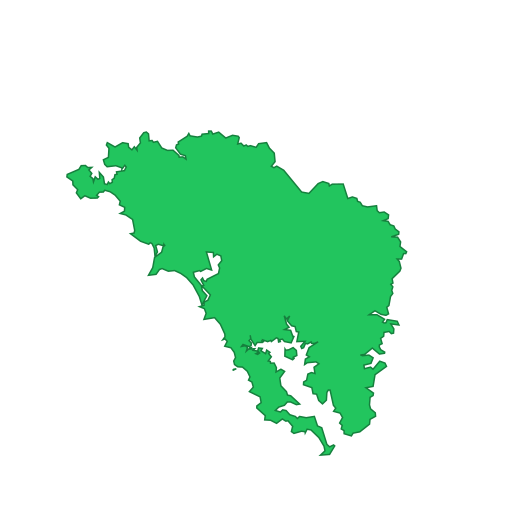 the district of Northern Beaches, New South Wales, Australia, rotated 131°
{"feature_id": "25037944B81755283628627", "entity_name": "Northern Beaches", "entity_type": "district", "adm_level": 2, "iso_a3": "AUS", "parent_name": "Australia", "parent_adm1": "New South Wales", "projection": "albers", "projection_center": [151.285, -33.698], "detail": "fine", "context": "isolated", "style": "filled", "palette": "green", "viewbox_px": 512, "rotation_deg": 131, "n_neighbors": 0, "source": "geoboundaries", "source_scale": "gbopen_adm2", "svg_char_len": 6128}
<svg xmlns="http://www.w3.org/2000/svg" viewBox="0 0 512 512"><g transform="rotate(131 256 256)"><path d="M192.8,373.7L194.6,372.0L199.4,376.6L201.3,375.8L204.6,378.2L208.6,384.6L207.6,387.1L210.8,386.5L221.0,389.5L222.3,387.9L224.3,388.9L227.0,387.6L228.7,379.8L226.6,375.1L228.8,372.4L229.2,376.2L231.8,378.8L230.7,380.2L230.6,388.0L234.4,392.1L236.3,398.0L234.1,405.6L237.5,408.0L237.0,410.2L239.2,412.2L234.4,417.2L234.4,420.1L236.6,421.6L243.2,421.2L246.5,417.4L252.3,417.3L254.2,415.2L253.4,419.5L257.3,419.3L257.5,423.4L255.1,426.2L258.0,431.0L266.2,433.9L268.0,442.6L270.4,441.7L271.2,437.6L278.4,432.1L283.5,434.3L286.1,430.3L286.3,426.9L279.8,421.0L277.4,414.9L278.4,414.2L273.6,414.5L274.0,412.3L277.9,411.3L284.0,416.5L285.5,414.5L287.1,415.8L290.4,414.0L292.8,414.7L294.6,412.8L297.3,413.8L297.0,415.9L299.7,415.2L300.9,417.7L296.5,423.0L295.7,429.1L299.9,424.8L301.8,425.6L301.7,429.3L306.7,427.3L304.6,429.9L304.7,433.5L301.4,434.1L300.7,438.6L296.9,438.1L299.6,441.0L299.6,444.1L302.5,447.2L306.8,446.5L318.3,452.0L320.4,450.6L319.6,443.5L322.4,440.8L322.9,434.1L326.2,433.0L327.8,425.8L322.8,424.7L321.0,418.9L316.4,413.8L314.5,413.7L314.8,416.1L310.6,416.1L307.9,413.2L305.6,413.3L303.2,408.2L302.5,402.2L303.7,394.4L307.0,392.7L305.4,387.0L308.5,384.7L313.0,386.4L310.4,381.2L309.4,373.1L316.3,364.3L318.7,363.1L321.5,365.3L320.6,352.8L317.5,344.7L315.3,344.5L314.9,342.6L316.8,338.1L322.4,332.1L317.6,333.0L313.9,338.6L311.2,337.4L309.0,332.6L307.7,333.2L308.3,332.1L307.1,331.8L310.2,332.1L315.1,329.7L323.6,331.6L332.5,326.3L341.1,324.5L335.4,319.4L329.5,320.0L327.1,318.6L325.0,312.2L320.4,307.9L318.5,301.3L317.8,294.2L319.1,284.5L323.7,272.3L328.4,264.7L318.2,267.0L317.4,273.7L314.1,277.9L312.2,288.8L309.4,292.6L304.1,289.1L304.0,287.7L297.9,285.2L295.7,280.3L285.5,296.1L281.3,290.5L284.4,287.5L280.3,286.7L279.0,282.6L282.0,278.8L287.5,278.6L288.9,275.6L293.9,272.8L305.6,277.6L307.8,276.9L308.9,279.2L307.7,281.9L310.1,281.9L312.4,276.2L314.1,277.1L315.3,264.9L321.0,263.3L324.8,264.9L327.3,262.9L331.3,265.4L329.6,260.4L332.0,256.0L338.0,253.7L329.7,246.8L330.9,238.1L335.3,228.4L337.3,226.4L340.9,226.1L338.9,225.0L339.3,221.7L344.6,220.4L341.7,214.7L343.0,209.2L346.1,204.8L349.9,203.9L352.0,201.0L351.6,197.1L348.7,193.3L348.7,186.9L351.2,181.2L354.6,180.2L353.8,176.4L356.7,172.0L362.7,172.0L359.6,160.5L363.3,155.9L368.6,157.0L370.2,155.7L370.4,144.3L374.0,141.9L370.4,137.3L368.8,130.7L361.7,129.2L361.1,125.2L359.4,123.7L360.5,116.6L365.3,114.1L365.0,111.0L358.4,106.7L356.4,103.7L357.2,102.8L353.2,103.8L351.2,100.4L351.8,89.4L354.9,79.9L357.8,76.1L364.0,76.7L357.5,70.3L347.7,72.0L347.7,73.5L351.7,75.2L351.7,78.9L342.5,93.7L343.9,98.1L338.8,106.7L345.1,112.0L348.5,117.8L351.5,118.2L351.3,121.0L353.6,126.4L352.9,131.9L354.6,134.9L357.7,135.2L359.9,140.1L355.1,139.7L350.0,136.6L345.7,136.6L343.5,134.2L341.7,128.0L339.1,125.9L338.7,138.1L340.3,141.0L338.4,144.0L337.6,152.1L332.5,158.0L324.3,158.7L325.1,162.9L330.4,164.8L326.9,167.3L324.9,172.1L327.4,174.7L326.2,176.0L327.2,177.9L322.0,178.3L321.3,182.5L319.6,182.3L320.0,186.2L323.4,184.7L324.3,190.1L321.6,190.6L323.7,193.7L326.4,192.5L326.8,189.6L329.2,190.2L329.8,192.0L327.9,191.2L326.9,192.8L329.1,196.3L326.9,196.2L330.1,199.5L328.4,199.5L329.3,200.3L334.1,200.9L330.7,202.4L330.8,205.2L333.8,207.6L331.3,207.8L328.8,201.6L326.9,200.9L324.7,202.4L324.5,205.7L321.9,205.7L319.6,208.4L322.1,205.3L324.2,197.9L320.5,198.4L317.3,194.7L316.5,195.5L316.6,193.9L315.9,195.6L315.9,193.6L314.8,195.7L313.0,191.0L310.0,189.5L310.5,188.3L304.3,186.9L303.8,185.2L306.1,182.5L304.6,181.5L303.6,183.3L301.4,181.5L301.9,178.4L298.5,172.5L291.2,174.8L292.6,174.5L292.7,175.1L289.4,181.1L292.8,186.2L288.1,184.3L287.4,188.2L282.6,195.5L283.6,191.7L279.2,191.2L284.3,189.9L285.3,183.3L283.6,180.2L286.6,176.0L285.3,173.9L293.8,169.0L288.2,163.0L294.8,163.0L295.8,160.8L294.0,159.9L289.5,161.3L288.5,159.4L284.7,158.1L285.5,156.7L283.6,154.5L280.0,152.8L290.3,155.8L297.7,153.1L297.1,149.6L301.4,151.1L306.0,148.1L302.9,147.3L296.5,141.2L296.1,137.8L301.9,139.2L306.0,134.4L307.6,137.7L311.1,139.4L316.6,136.3L319.8,137.4L322.0,135.7L318.7,127.5L322.5,122.6L320.5,119.6L323.9,113.9L324.0,108.8L318.6,108.3L312.5,113.0L309.7,113.5L308.6,112.1L317.9,99.6L318.5,96.0L322.3,95.5L319.4,89.5L321.1,84.7L327.2,83.3L327.3,79.8L330.6,78.2L330.0,75.0L332.3,72.9L329.2,66.0L326.0,66.5L320.6,62.3L308.4,60.0L304.5,62.8L298.5,60.6L296.1,63.1L296.2,69.3L293.9,72.7L287.8,77.2L284.5,76.1L282.4,77.4L283.3,86.6L277.6,82.1L267.5,88.3L253.7,85.1L252.2,88.4L254.2,93.6L264.7,93.4L264.7,96.6L269.9,100.2L267.6,103.0L261.6,98.8L256.0,100.8L256.7,105.8L261.4,110.2L262.2,112.3L259.1,109.5L249.2,107.8L249.0,98.5L245.1,95.2L244.1,95.8L244.9,100.4L243.7,103.4L242.1,104.5L239.4,103.3L236.4,107.9L232.8,107.0L229.7,109.3L225.6,106.0L225.8,102.9L224.0,101.6L220.6,104.1L218.8,109.7L214.3,102.9L212.6,106.6L217.9,115.2L221.2,114.1L222.5,115.4L222.9,117.1L219.4,117.5L221.0,126.2L226.2,132.1L219.3,130.3L218.0,123.3L215.5,119.0L212.7,118.0L208.9,123.7L206.2,123.2L198.3,127.9L194.5,128.2L192.9,131.0L189.5,132.5L188.9,135.7L186.6,134.9L183.8,138.4L173.1,137.5L170.1,138.6L166.1,144.3L165.7,147.5L162.8,144.1L157.4,146.2L155.9,144.5L154.0,145.1L154.4,153.6L150.5,156.1L148.9,161.5L152.8,166.5L146.0,162.6L144.0,164.0L144.3,168.7L142.9,171.7L144.4,175.3L143.2,179.0L145.8,183.1L141.1,180.8L138.0,182.9L138.7,188.1L142.4,191.3L142.3,194.3L139.0,198.0L145.8,204.0L148.3,208.7L147.1,212.6L148.1,215.2L146.4,217.7L148.2,222.0L152.4,224.4L144.5,237.4L151.8,245.6L155.0,246.6L153.5,248.6L156.0,254.4L160.6,256.6L174.0,257.1L177.8,263.5L173.1,291.4L174.6,299.3L177.6,300.4L178.2,303.3L172.3,303.5L166.4,309.7L165.8,316.7L163.5,322.4L169.5,327.7L173.9,327.2L176.4,332.6L178.7,334.1L178.6,336.2L181.0,337.4L180.7,341.3L183.5,343.3L177.7,346.3L177.3,348.0L180.3,352.9L186.8,356.2L187.0,365.4L192.3,368.6L191.1,371.7L192.8,373.7ZM300.8,163.6L300.8,167.9L305.4,169.8L307.6,171.8L307.2,173.0L312.7,168.5L310.3,160.3L307.7,160.0L308.9,160.8L308.0,161.5L304.3,159.9L300.8,163.6ZM354.0,196.9L356.3,198.6L357.6,198.5L354.0,196.9Z" fill="#22c55e" stroke="#15803d" stroke-width="1.5"/></g></svg>